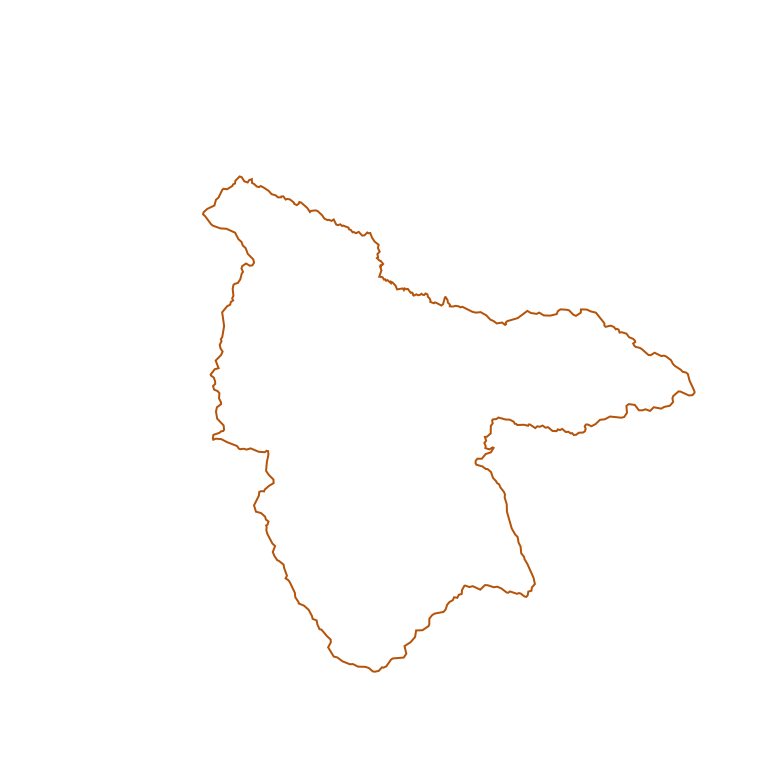 the district of Sipí, Chocó, Colombia, rotated 136°
{"feature_id": "7082276B50547805834837", "entity_name": "Sipí", "entity_type": "district", "adm_level": 2, "iso_a3": "COL", "parent_name": "Colombia", "parent_adm1": "Chocó", "projection": "equal_earth", "projection_center": [-76.598, 4.565], "detail": "fine", "context": "isolated", "style": "outline", "palette": "amber", "viewbox_px": 768, "rotation_deg": 136, "n_neighbors": 0, "source": "geoboundaries", "source_scale": "gbopen_adm2", "svg_char_len": 6166}
<svg xmlns="http://www.w3.org/2000/svg" viewBox="0 0 768 768"><g transform="rotate(136 384 384)"><path d="M545.5,462.5L543.0,461.5L539.4,457.5L537.2,451.0L532.8,441.5L533.3,438.4L532.7,436.9L530.1,435.1L528.3,432.2L524.7,430.4L521.2,422.3L517.1,417.7L514.9,417.5L514.0,416.2L516.3,413.4L522.4,409.3L529.2,403.4L530.0,398.6L529.9,392.1L532.2,389.4L537.5,390.6L543.0,390.9L544.9,390.1L546.7,392.2L548.7,393.0L551.6,390.6L561.8,387.0L564.8,381.1L562.1,376.6L561.7,371.2L563.1,368.5L562.6,365.3L565.6,363.7L567.0,364.1L567.9,362.5L570.2,360.6L572.1,357.0L575.1,346.8L574.9,343.1L580.7,340.4L582.2,336.7L583.2,331.4L582.5,329.9L581.7,323.9L583.6,321.1L587.0,313.5L589.8,312.5L589.1,309.4L589.5,306.6L593.2,295.7L595.9,292.3L597.0,286.4L597.8,285.4L595.5,280.1L595.1,273.7L597.0,267.1L598.5,264.6L596.7,260.8L599.0,257.2L600.7,252.4L599.6,250.7L600.2,242.0L599.9,237.2L601.9,235.0L607.1,233.4L609.5,222.9L607.5,219.7L606.5,213.3L603.2,206.1L600.9,204.1L599.0,198.7L593.9,193.5L592.2,190.2L591.7,185.0L590.3,183.3L587.1,181.3L582.3,181.6L581.5,180.4L578.6,179.3L570.2,180.9L568.4,180.5L559.8,173.5L555.3,174.5L551.3,181.2L544.2,179.8L537.4,180.4L532.1,184.4L527.4,180.2L520.2,178.9L518.3,179.7L514.4,183.7L510.0,184.3L507.1,183.7L499.5,178.7L496.3,179.0L492.0,181.3L488.3,181.7L484.7,180.7L481.7,181.9L479.8,179.3L476.5,180.4L474.0,179.0L471.0,181.6L466.3,183.0L465.6,182.6L463.7,178.7L460.6,176.9L457.6,169.2L451.1,169.2L449.2,167.2L446.2,161.5L443.4,159.6L441.6,155.5L440.6,148.7L439.5,147.5L437.5,147.3L434.1,140.7L432.2,139.9L431.2,138.3L430.6,133.7L429.5,132.0L427.4,132.2L424.4,134.4L421.6,132.9L418.9,134.9L414.4,135.3L411.0,140.8L405.9,154.9L404.6,160.3L403.3,162.5L402.9,166.9L398.6,172.3L397.4,176.4L394.2,181.0L394.2,184.5L392.5,191.3L384.3,206.7L379.2,212.3L376.0,218.6L373.7,220.5L372.7,223.0L372.1,228.7L370.9,231.8L371.5,234.4L370.9,236.1L370.8,240.8L368.2,246.3L368.6,250.9L369.8,252.1L370.5,256.4L373.6,261.7L373.2,263.4L371.5,265.0L368.7,265.4L365.6,262.3L359.5,263.0L354.6,260.6L349.6,261.9L349.9,262.9L353.6,263.8L355.6,267.5L354.0,268.7L352.8,271.9L350.0,272.2L348.2,275.8L346.6,274.6L341.6,274.3L336.2,279.7L333.1,280.2L331.6,282.6L330.5,283.0L327.4,280.7L325.0,280.4L321.2,274.0L318.4,271.1L316.9,266.9L317.5,264.5L316.7,263.6L316.6,261.9L311.6,257.4L309.4,253.9L308.1,254.4L307.2,253.6L305.8,247.2L303.1,247.1L301.8,245.1L298.8,243.9L298.2,240.4L296.0,239.0L295.4,233.2L292.6,230.2L290.5,230.6L289.4,228.6L287.0,227.9L286.6,223.2L284.5,221.5L284.1,218.8L282.8,218.0L282.9,215.5L281.0,214.0L277.7,213.6L274.5,210.8L272.3,210.4L269.9,211.8L269.1,214.1L266.9,214.6L265.6,213.4L264.1,209.5L259.6,208.2L253.5,208.2L249.6,205.2L244.0,203.6L236.7,194.9L234.2,193.4L229.2,194.5L224.9,199.8L221.9,199.5L218.1,194.7L218.9,188.1L216.5,185.6L213.5,184.2L211.3,179.8L206.1,179.9L201.7,173.7L198.4,172.9L193.5,169.8L188.6,170.2L186.4,173.4L184.3,174.4L177.3,174.1L176.0,172.6L172.6,163.9L169.8,161.7L166.7,162.0L165.7,163.2L161.8,174.3L158.5,180.1L158.8,182.5L160.7,185.4L160.6,188.0L162.2,195.0L162.2,197.9L161.0,201.7L162.0,208.1L163.0,210.0L165.2,211.6L167.6,218.5L172.2,219.5L173.6,221.2L174.3,230.1L174.9,232.3L177.1,235.7L177.4,237.6L176.6,240.1L174.1,239.7L173.4,241.0L173.4,243.4L175.2,247.4L174.6,251.8L177.1,256.2L178.8,257.3L177.5,260.1L178.0,261.7L179.3,262.4L179.0,265.3L180.4,268.5L184.9,271.2L184.9,272.9L183.3,274.6L182.0,288.1L184.9,292.7L186.4,296.7L190.5,300.8L192.9,298.6L198.6,299.7L199.7,302.4L199.7,308.4L201.0,310.5L205.2,315.1L208.5,315.6L211.2,314.3L216.9,317.7L221.4,322.3L222.8,327.6L225.5,328.4L229.0,333.0L230.1,337.0L242.0,338.5L251.7,343.6L253.7,343.6L254.8,342.2L255.8,342.4L256.4,346.2L260.8,349.2L261.5,353.3L262.8,356.4L262.7,362.3L264.6,368.6L268.3,371.5L270.3,374.6L274.0,385.1L275.9,386.2L276.3,387.9L278.1,390.4L280.7,391.9L282.7,394.2L281.4,395.4L281.5,398.2L280.0,400.2L279.3,403.7L280.0,404.0L286.1,400.4L288.2,400.6L290.0,406.0L290.7,407.3L292.0,407.4L293.7,410.9L292.6,411.7L291.7,414.3L291.9,416.1L290.5,418.3L291.2,420.2L293.2,420.1L294.1,421.1L294.4,422.9L296.1,423.1L297.9,424.2L298.4,426.0L301.2,426.9L301.2,428.0L300.3,429.2L300.4,430.4L301.4,430.9L300.8,435.9L302.1,436.6L302.7,438.3L304.5,437.7L304.1,439.7L308.9,443.0L307.4,446.5L307.3,450.9L307.9,452.7L309.0,451.8L309.3,456.3L310.8,456.9L310.4,458.5L311.5,459.1L310.9,461.9L312.9,464.5L306.9,467.5L305.2,471.2L304.6,470.6L303.7,471.7L302.5,470.8L301.2,470.9L300.9,474.7L301.5,475.9L301.6,479.5L300.2,479.3L298.5,482.0L295.2,482.2L293.9,486.1L291.2,487.8L291.8,493.1L290.9,497.8L289.0,502.2L290.6,503.4L290.8,504.6L294.8,504.5L296.6,505.9L296.5,511.0L299.4,511.9L300.1,514.2L301.2,514.9L300.9,517.9L301.7,519.5L300.9,521.1L303.3,526.3L304.3,526.7L304.5,529.2L306.8,530.3L307.6,531.9L305.9,537.3L308.4,537.7L309.5,540.3L310.8,541.2L312.0,544.4L311.3,548.3L311.6,554.5L312.5,556.3L316.2,559.2L317.8,559.1L316.9,564.1L317.6,572.2L318.5,573.7L320.0,572.9L322.5,573.3L323.4,576.1L322.8,577.0L323.4,582.0L325.1,584.4L326.6,585.0L326.1,588.9L327.6,590.2L328.4,589.8L330.7,592.0L330.8,594.8L333.0,598.7L332.8,603.0L334.2,609.3L335.2,612.1L337.2,612.5L338.3,614.4L338.5,617.9L339.2,620.3L336.8,623.2L339.5,624.3L342.1,623.7L343.7,626.8L342.7,631.6L343.7,633.6L349.8,633.4L351.9,631.7L353.7,632.4L355.5,631.8L361.6,633.1L363.9,636.0L365.5,636.0L373.3,633.1L377.0,633.2L382.0,630.2L389.4,632.7L394.4,632.9L396.3,631.8L396.1,628.9L397.4,619.0L397.1,616.8L393.6,609.6L389.5,605.1L386.0,596.3L388.1,589.3L387.8,585.2L389.4,581.7L389.1,577.9L391.6,572.2L391.5,564.3L393.3,561.5L396.2,560.8L398.4,562.3L399.5,566.5L404.2,567.3L406.3,566.1L407.5,562.6L409.7,562.2L414.7,559.1L418.9,558.2L422.0,559.8L423.6,559.8L426.8,557.5L431.0,552.1L433.7,551.1L434.5,548.9L437.3,549.4L439.5,547.9L442.8,548.9L450.6,548.0L458.8,536.7L467.8,530.1L470.2,529.6L471.2,527.6L474.9,526.3L476.8,523.4L477.6,519.4L481.1,518.0L488.8,517.8L492.0,510.3L495.6,512.2L502.2,511.2L502.6,510.3L502.0,506.8L503.7,503.1L505.4,501.3L508.4,501.3L510.1,498.0L508.6,494.4L508.8,491.7L512.7,488.2L514.0,484.0L515.1,482.7L520.4,483.3L524.0,480.9L528.1,474.9L528.1,465.7L530.8,462.2L532.4,461.9L534.0,463.1L536.3,463.2L542.0,465.9L544.9,463.8L545.5,462.5Z" fill="none" stroke="#b45309" stroke-width="2"/></g></svg>